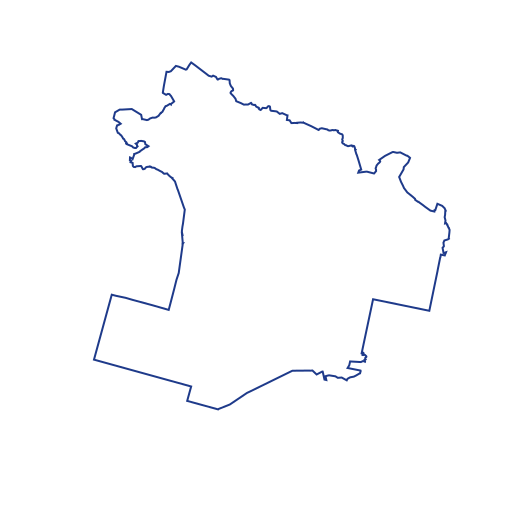 Vecumnieku pag., Vecumnieku, Latvia, rotated 200°
{"feature_id": "27541924B63296928652800", "entity_name": "Vecumnieku pag.", "entity_type": "district", "adm_level": 2, "iso_a3": "LVA", "parent_name": "Latvia", "parent_adm1": "Vecumnieku", "projection": "albers", "projection_center": [24.515, 56.627], "detail": "fine", "context": "isolated", "style": "outline", "palette": "blue", "viewbox_px": 512, "rotation_deg": 200, "n_neighbors": 0, "source": "geoboundaries", "source_scale": "gbopen_adm2", "svg_char_len": 5971}
<svg xmlns="http://www.w3.org/2000/svg" viewBox="0 0 512 512"><g transform="rotate(200 256 256)"><path d="M378.2,414.3L383.1,415.7L383.9,413.0L385.0,407.7L385.7,407.1L393.3,407.5L396.3,407.2L399.2,400.5L400.9,399.1L403.1,398.5L400.8,384.7L400.5,383.1L399.4,377.5L399.3,377.4L395.6,376.7L394.2,378.2L392.7,378.5L391.6,377.8L390.6,377.3L385.8,373.3L386.0,372.8L387.8,369.9L387.9,369.7L387.8,369.3L388.6,369.5L388.9,369.5L391.3,366.5L392.2,365.9L392.2,365.7L392.7,363.9L392.8,362.3L393.1,360.9L393.2,359.7L393.5,359.1L394.4,358.0L394.2,357.7L394.6,357.2L394.9,356.5L395.5,354.4L397.4,352.0L398.8,351.2L400.5,350.7L402.6,349.0L403.7,347.3L405.0,346.4L409.1,345.9L409.9,345.6L412.2,349.4L423.0,351.6L431.6,347.9L434.2,346.9L437.6,342.8L437.2,339.1L437.0,336.8L435.5,335.9L435.5,335.6L431.1,335.0L428.4,334.0L429.7,332.4L430.3,332.1L430.6,331.5L431.2,331.2L431.1,329.2L431.0,328.1L428.4,325.0L428.0,324.5L426.5,324.4L425.8,323.9L424.4,323.3L424.0,323.3L421.7,321.6L421.1,320.9L419.9,320.7L418.3,319.1L416.9,318.6L416.7,317.8L416.4,318.1L415.8,317.7L415.5,316.9L410.0,316.7L408.6,316.0L407.4,316.0L406.6,316.1L405.7,316.4L404.8,318.6L405.5,319.0L405.9,319.8L407.4,320.5L405.9,322.0L405.7,323.8L405.3,323.9L403.3,324.9L400.5,325.4L399.4,325.2L398.2,323.2L394.6,322.4L395.4,321.1L397.3,320.3L398.0,318.7L399.0,317.4L400.8,314.8L401.0,314.1L403.7,311.5L405.4,310.1L405.1,309.5L405.1,307.7L405.1,304.9L407.5,305.5L408.1,305.5L407.2,302.7L405.8,302.7L405.9,301.2L403.8,301.3L402.5,298.5L401.4,297.9L400.0,298.2L399.0,299.4L395.0,301.2L394.6,301.2L392.1,299.0L392.0,298.9L391.3,299.1L390.3,300.0L390.1,300.7L389.5,302.0L388.4,302.7L388.0,302.8L387.7,303.1L386.6,303.4L386.4,303.9L385.2,303.9L385.0,303.6L383.8,303.5L383.5,303.7L383.2,303.8L381.4,304.1L381.1,304.0L379.4,303.5L377.9,303.5L375.5,303.1L372.9,302.8L371.6,302.2L371.3,302.2L370.8,301.9L370.3,301.9L367.7,303.2L366.8,302.6L364.9,301.7L363.0,301.0L361.2,300.7L361.3,300.3L357.6,298.3L356.2,296.5L352.5,291.8L352.2,291.6L340.3,276.9L338.8,275.3L335.7,261.5L335.2,258.6L334.2,254.1L333.5,252.6L332.8,251.5L333.2,251.6L329.6,243.9L329.3,242.7L328.9,242.9L329.0,242.5L322.8,213.6L322.6,206.5L321.6,197.0L320.2,182.2L319.6,175.5L336.6,174.3L356.5,172.6L364.2,172.1L374.0,170.7L378.3,170.3L372.8,103.2L272.3,111.2L271.7,103.6L271.6,102.9L271.6,102.3L271.1,96.3L239.1,98.9L238.9,99.4L229.8,107.5L217.6,124.3L215.4,126.5L182.8,160.4L182.4,160.7L181.6,161.0L166.6,166.6L165.8,166.8L163.8,167.7L158.5,165.4L154.2,170.1L153.8,170.2L149.4,163.3L147.5,163.5L149.6,166.8L147.2,168.5L146.4,168.9L140.2,170.1L137.5,169.5L133.9,171.1L128.2,170.2L128.0,171.9L127.0,173.1L126.0,174.2L122.8,176.1L121.2,177.8L118.7,180.8L118.1,181.3L118.3,183.7L118.6,184.1L131.6,182.1L131.0,185.2L131.5,189.1L121.2,192.2L120.3,193.1L119.6,193.8L118.5,194.0L117.4,193.9L117.4,194.1L118.5,195.6L117.7,196.3L118.1,196.6L118.5,197.5L118.3,198.1L117.9,198.6L117.8,199.1L118.2,199.6L119.8,200.3L120.5,200.2L121.1,199.7L121.8,199.4L122.3,199.5L122.3,200.0L122.2,200.4L121.8,200.9L121.6,201.3L121.9,201.7L122.1,201.8L122.4,201.8L123.5,201.1L124.6,208.8L131.2,255.4L74.4,263.8L80.3,304.1L80.5,305.1L82.4,317.6L82.3,317.9L82.8,320.5L78.8,321.1L78.8,324.2L78.7,324.2L78.7,324.5L79.6,323.7L80.8,323.0L83.5,327.5L82.9,329.0L82.8,329.5L84.4,332.6L84.3,335.0L81.4,337.2L80.6,338.3L81.0,338.7L82.3,344.2L83.0,346.7L84.4,348.3L84.5,348.5L84.9,348.5L86.7,350.6L86.8,350.4L88.6,352.0L89.5,351.3L90.1,354.2L92.0,357.0L92.4,359.4L93.6,363.3L93.3,363.5L95.1,365.4L98.2,366.8L103.4,367.1L103.2,360.4L103.9,360.1L103.6,358.8L107.6,358.3L114.0,360.1L116.4,360.9L121.7,362.4L121.8,362.5L122.2,362.3L125.6,363.2L126.1,364.1L129.1,365.3L135.6,367.5L139.1,369.8L140.1,370.4L142.0,372.4L145.1,375.3L148.3,379.0L148.5,379.2L147.0,387.7L147.0,388.0L147.5,390.1L145.0,395.9L144.8,400.9L145.0,401.0L148.1,402.0L148.8,401.8L155.9,402.7L158.8,401.2L162.5,400.7L163.2,400.4L169.0,394.2L173.1,388.4L172.4,388.1L171.7,387.5L171.6,387.2L171.8,386.5L172.1,385.7L172.7,384.9L173.1,383.8L173.6,382.4L173.6,381.3L173.5,380.3L173.6,379.7L173.5,379.1L172.7,378.2L172.4,377.3L172.2,376.9L172.9,374.9L173.3,373.9L180.6,373.2L181.2,373.0L188.4,369.3L188.4,371.6L186.7,373.2L192.0,380.4L195.6,385.1L196.3,385.9L196.5,386.0L199.1,389.5L198.8,390.0L199.3,390.2L199.6,390.5L199.9,391.2L201.0,392.6L201.5,392.9L201.8,392.9L202.0,392.8L202.5,392.0L203.2,392.1L203.4,392.3L203.5,392.6L204.1,392.6L205.3,391.8L206.8,390.8L207.6,390.6L209.0,390.9L210.0,390.7L210.6,390.9L211.4,391.3L211.9,391.4L212.6,391.4L213.2,391.6L213.7,392.0L213.9,392.2L214.0,392.5L214.0,392.9L213.8,393.3L213.8,393.6L214.0,394.1L214.5,394.5L214.8,394.9L214.9,395.4L214.8,396.5L215.2,397.6L215.7,398.9L215.9,399.2L216.7,399.8L218.9,399.7L221.3,400.3L221.6,400.6L221.8,401.7L222.3,401.7L223.2,401.5L224.3,401.6L226.0,400.7L226.8,400.7L227.2,400.5L227.5,400.4L228.7,399.5L230.0,399.0L231.1,398.9L232.1,399.3L237.6,398.6L238.0,398.5L239.7,397.3L240.1,396.0L240.3,395.8L242.2,396.1L248.6,396.9L255.5,397.4L256.0,397.5L257.3,397.4L257.4,397.5L257.5,397.3L259.8,396.7L262.9,395.3L262.8,395.0L265.7,394.1L266.0,393.9L268.2,393.0L270.8,395.0L273.5,394.4L274.5,398.9L275.1,398.8L280.2,399.2L282.3,397.7L285.9,398.9L287.0,398.7L291.2,397.7L291.7,397.7L292.5,398.2L293.9,401.0L294.1,401.2L294.5,401.3L295.3,401.2L295.8,400.8L295.9,400.7L296.6,398.8L297.0,398.4L300.4,397.5L301.4,395.1L301.6,394.8L302.9,394.9L303.8,395.4L303.8,395.8L303.9,396.1L304.4,396.3L305.9,396.3L307.0,396.5L308.3,397.6L308.7,397.7L309.5,397.2L311.7,397.1L312.7,398.1L313.0,398.2L315.3,395.6L319.3,394.1L322.5,394.5L327.5,394.7L329.0,396.7L332.0,398.6L334.8,399.9L335.7,400.5L335.8,401.0L335.6,402.1L335.2,402.8L334.4,403.5L334.2,403.8L334.3,404.0L334.6,404.9L335.0,405.5L337.5,407.0L338.0,407.4L339.7,409.3L341.0,412.2L341.4,412.4L341.7,412.5L342.6,412.3L347.3,411.3L348.0,411.0L349.3,411.2L349.6,411.1L351.4,409.8L352.0,408.9L352.4,408.7L352.7,408.8L354.9,410.6L358.0,410.8L359.0,409.4L362.1,409.2L364.8,410.1L378.2,414.3Z" fill="none" stroke="#1e3a8a" stroke-width="2"/></g></svg>